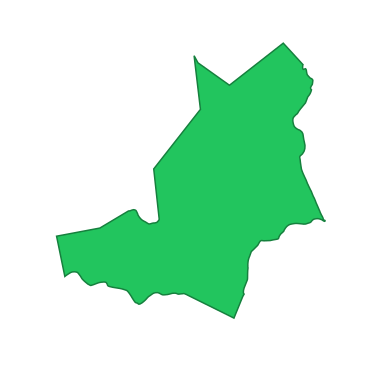 Orocuina, Choluteca, Honduras (orthographic projection), rotated 77°
{"feature_id": "27666195B30737546448878", "entity_name": "Orocuina", "entity_type": "district", "adm_level": 2, "iso_a3": "HND", "parent_name": "Honduras", "parent_adm1": "Choluteca", "projection": "orthographic", "projection_center": [-87.128, 13.486], "detail": "fine", "context": "isolated", "style": "filled", "palette": "green", "viewbox_px": 384, "rotation_deg": 77, "n_neighbors": 0, "source": "geoboundaries", "source_scale": "gbopen_adm2", "svg_char_len": 5855}
<svg xmlns="http://www.w3.org/2000/svg" viewBox="0 0 384 384"><g transform="rotate(77 192 192)"><path d="M245.7,334.9L245.4,334.3L245.1,333.7L244.4,331.9L243.5,329.4L243.2,328.4L243.1,327.9L243.0,327.4L243.0,326.8L243.0,326.3L243.1,325.8L243.3,324.5L243.6,323.7L243.8,323.1L244.1,322.5L244.4,322.0L244.8,321.6L245.4,321.2L246.5,320.7L248.7,319.7L249.6,319.4L250.8,319.0L251.7,318.7L252.5,318.3L253.6,317.6L254.7,316.9L255.8,316.1L258.4,314.1L259.1,313.2L260.1,312.1L260.2,311.9L260.3,311.6L260.3,311.0L260.1,308.7L259.5,304.4L259.4,303.0L259.4,301.8L259.5,301.1L259.5,300.3L259.7,299.4L259.8,298.4L260.0,297.7L260.1,297.2L260.3,296.8L260.5,296.5L260.7,296.2L260.9,296.0L261.1,295.9L261.6,295.7L262.4,295.4L263.6,295.3L264.3,295.1L264.5,295.0L264.7,294.8L265.1,294.3L265.4,293.9L265.7,293.3L267.0,290.7L267.9,288.5L269.6,284.3L270.7,282.0L270.9,281.6L272.5,278.9L273.1,278.0L273.4,277.7L273.8,277.3L274.7,276.8L276.0,276.2L277.1,275.7L279.8,274.7L282.0,274.0L283.7,273.4L285.5,272.7L286.6,272.2L286.9,272.0L287.2,271.6L287.5,271.2L287.9,270.4L288.2,270.0L288.4,269.8L288.9,269.6L289.0,269.5L289.2,269.3L289.3,269.0L289.4,268.7L289.4,268.1L289.4,267.7L289.1,266.8L288.8,265.7L287.8,263.6L286.9,262.0L286.4,261.2L285.7,260.2L285.1,259.4L284.4,258.3L284.1,257.8L283.4,255.9L282.8,254.5L282.3,253.3L282.1,252.7L282.0,252.1L281.9,251.5L281.9,251.1L281.9,250.2L282.1,249.2L282.3,248.2L282.5,247.7L282.9,247.1L283.5,246.3L284.0,245.7L284.8,244.9L285.1,244.5L285.5,243.9L285.6,243.6L285.7,243.3L285.9,242.6L286.1,241.2L286.4,238.9L286.4,237.2L286.3,234.1L286.3,233.7L286.4,233.4L286.6,232.1L286.8,231.2L287.0,230.7L287.2,230.3L287.4,229.9L288.0,229.1L288.2,228.8L288.4,228.4L288.5,228.1L288.6,227.4L288.7,226.2L289.0,224.1L289.1,222.9L289.2,222.5L290.2,221.1L290.7,220.4L291.4,219.6L324.3,179.5L305.3,166.1L303.2,164.2L302.8,164.4L302.3,164.5L301.9,164.6L301.4,164.5L300.8,164.4L300.3,164.2L299.3,163.9L298.6,163.5L297.9,163.2L296.5,162.3L290.4,158.1L289.7,157.7L289.3,157.5L287.8,157.1L284.1,156.2L281.5,155.5L280.5,155.2L279.7,154.9L279.1,154.7L278.5,154.5L277.3,154.4L276.6,154.2L275.1,153.9L273.5,153.4L272.6,153.1L271.6,152.7L270.7,152.3L269.7,151.7L268.9,151.3L267.7,150.4L264.9,148.6L263.9,148.0L263.5,147.6L263.2,147.3L262.8,146.6L261.5,144.4L260.1,142.2L259.2,140.7L258.7,140.0L258.5,139.7L258.2,139.5L255.8,137.3L255.3,136.7L255.1,136.3L255.0,136.0L254.9,135.5L255.0,135.0L255.1,134.6L255.5,133.6L255.8,132.5L256.6,128.3L256.9,126.8L256.9,126.1L256.9,124.7L256.9,123.7L257.0,122.2L257.1,120.4L257.1,119.3L257.0,118.6L256.8,118.3L256.5,118.0L256.2,117.8L255.6,117.5L255.1,117.2L254.5,116.7L253.8,116.0L253.3,115.4L252.9,115.0L251.6,112.6L251.2,112.0L250.9,111.5L250.6,111.2L250.0,110.9L249.5,110.4L248.3,109.2L247.7,108.5L247.2,107.8L246.9,107.4L246.4,106.4L246.2,105.9L245.9,105.3L245.8,104.7L245.7,104.1L245.6,103.6L245.6,102.1L245.7,100.3L245.8,99.1L246.0,97.7L246.2,97.0L246.4,96.3L247.5,92.9L248.4,90.4L248.5,89.7L248.7,89.1L248.7,88.3L248.7,87.6L248.5,86.0L248.4,84.1L248.3,83.7L248.1,83.2L247.8,82.6L247.5,82.2L247.0,81.7L246.7,81.3L246.4,80.6L246.1,80.1L245.9,79.2L245.9,78.5L245.9,77.9L246.0,76.8L246.1,76.0L246.3,75.2L246.7,74.3L247.1,73.5L247.7,72.6L248.2,71.8L248.4,71.6L249.5,70.6L250.2,69.8L250.3,69.6L250.4,69.4L250.3,69.1L250.2,68.9L249.8,68.8L249.6,68.9L249.5,69.0L249.2,69.5L249.0,69.8L248.6,70.0L248.3,70.2L247.9,70.2L247.2,70.2L246.3,70.3L245.0,70.6L243.3,71.1L241.0,71.6L240.5,71.7L239.5,71.8L238.0,72.1L235.7,72.5L233.5,72.9L230.5,73.5L229.9,73.6L228.8,73.7L225.8,74.2L224.6,74.5L223.5,74.8L220.5,75.3L218.2,75.6L216.5,76.1L214.7,76.5L212.1,77.1L211.4,77.2L210.6,77.4L209.9,77.6L206.2,78.1L202.6,78.9L200.6,79.3L198.6,79.7L194.8,80.2L193.9,80.2L191.1,80.0L187.6,79.7L185.1,79.4L183.0,79.3L182.2,79.2L181.9,79.1L181.6,78.9L181.1,78.3L180.7,77.6L180.1,76.5L179.7,75.8L178.8,74.9L178.1,74.2L177.2,73.4L176.6,73.1L176.0,72.8L175.1,72.3L173.7,71.9L172.3,71.5L171.6,71.4L171.1,71.4L168.4,71.3L166.2,71.3L160.9,70.9L160.4,70.9L159.7,71.0L159.1,71.2L158.6,71.3L158.1,71.5L157.4,72.0L156.6,72.6L155.9,73.2L155.5,73.8L154.8,74.8L154.1,75.5L153.7,75.9L153.2,76.3L152.7,76.7L151.9,77.2L151.3,77.5L150.8,77.7L150.4,77.7L149.1,77.9L148.2,77.9L147.1,77.9L145.7,77.8L144.7,77.6L144.1,77.4L143.7,77.3L143.3,77.1L142.9,76.9L142.5,76.6L142.2,76.4L141.9,76.0L141.5,75.5L140.5,74.0L140.0,73.2L139.6,72.2L139.3,71.7L138.8,71.2L138.0,70.4L137.5,70.0L135.5,67.7L132.9,64.3L131.3,62.2L130.9,61.7L130.7,61.4L128.2,59.7L127.0,58.9L126.1,58.3L125.8,58.1L125.2,57.6L124.4,56.6L123.6,55.6L122.9,55.0L122.1,54.3L120.6,53.3L119.3,52.6L118.9,52.9L118.6,53.0L118.4,53.1L118.0,53.1L117.5,53.1L117.3,53.1L117.2,53.1L116.3,52.5L115.9,52.2L115.3,51.7L114.6,50.9L114.4,50.7L114.1,50.5L113.4,50.2L111.8,49.6L110.6,49.2L110.2,49.1L109.6,49.3L109.3,49.4L109.0,49.6L108.7,49.8L108.5,50.0L108.3,50.2L107.9,50.8L107.7,51.1L107.4,51.3L105.7,52.3L104.4,53.0L103.9,53.2L103.3,53.4L102.4,53.4L101.7,53.4L100.1,53.3L98.9,53.2L98.2,53.3L97.9,53.4L97.7,53.5L97.4,53.7L97.4,53.8L97.4,54.1L97.5,54.6L97.5,54.9L97.6,55.7L97.6,55.9L97.5,56.0L97.1,56.2L96.7,56.3L96.3,56.3L96.0,56.3L95.5,56.2L93.9,55.7L93.5,55.6L92.9,55.2L67.5,69.6L96.4,131.5L67.5,157.1L59.7,159.3L113.5,165.2L114.1,166.1L160.9,224.1L211.3,230.1L212.0,230.7L212.5,231.3L213.2,232.2L213.3,232.4L213.5,232.7L213.6,233.0L213.7,233.5L213.8,234.0L213.8,234.6L213.8,235.1L213.8,235.5L213.6,235.9L213.6,236.2L213.5,237.0L213.5,238.1L213.6,239.4L213.6,240.1L213.5,241.0L213.4,241.3L212.6,242.2L210.7,244.1L209.6,245.4L208.6,246.5L208.0,247.0L207.6,247.3L206.6,248.0L205.2,248.7L204.4,249.1L203.5,249.4L202.9,249.6L202.3,249.8L200.9,249.9L199.5,250.2L198.2,250.5L197.4,250.8L197.2,251.0L196.9,251.3L196.7,251.6L196.5,252.0L196.2,252.6L196.1,252.9L196.1,253.4L196.1,253.9L196.1,254.5L196.3,256.0L196.4,256.5L196.3,257.4L196.2,258.2L206.4,289.9L204.6,333.9L245.7,334.9Z" fill="#22c55e" stroke="#15803d" stroke-width="1.5"/></g></svg>